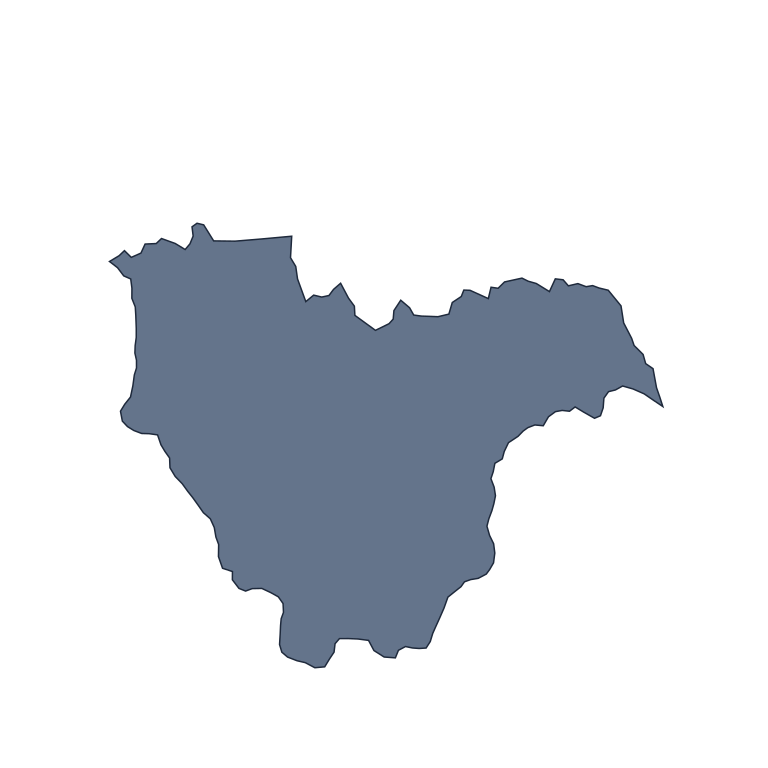 outline of Monte Sião, Minas Gerais, Brazil, rotated 149°
{"feature_id": "56859067B91379037396380", "entity_name": "Monte Sião", "entity_type": "district", "adm_level": 2, "iso_a3": "BRA", "parent_name": "Brazil", "parent_adm1": "Minas Gerais", "projection": "equal_earth", "projection_center": [-46.525, -22.428], "detail": "fine", "context": "isolated", "style": "filled", "palette": "slate", "viewbox_px": 768, "rotation_deg": 149, "n_neighbors": 0, "source": "geoboundaries", "source_scale": "gbopen_adm2", "svg_char_len": 2559}
<svg xmlns="http://www.w3.org/2000/svg" viewBox="0 0 768 768"><g transform="rotate(149 384 384)"><path d="M617.3,309.2L610.5,301.3L614.8,294.3L613.6,283.5L609.3,277.8L602.4,276.5L594.0,271.7L588.5,263.5L584.2,256.0L583.6,247.8L587.8,240.0L593.0,235.8L597.1,230.2L602.0,222.8L607.7,214.5L609.7,206.7L607.3,199.6L601.1,191.6L595.0,185.7L589.4,176.4L580.5,172.1L572.3,176.4L564.9,179.9L559.7,186.6L553.3,188.7L545.6,184.1L537.6,178.8L529.3,172.2L529.9,160.7L524.5,149.9L515.3,143.4L508.8,148.3L500.8,147.9L495.6,143.1L490.1,139.2L483.9,136.0L477.0,139.4L470.7,145.1L465.0,149.1L456.6,154.9L448.0,161.0L439.0,168.4L428.8,169.8L422.4,170.6L416.9,173.0L410.4,171.7L403.4,168.9L394.2,168.4L388.9,170.6L382.2,174.3L376.1,182.0L372.3,190.6L371.5,199.8L369.0,209.1L363.5,214.5L356.8,219.8L351.5,224.8L346.0,230.8L342.7,238.9L341.1,247.8L335.5,252.6L329.8,258.9L321.2,258.9L315.7,264.2L307.5,269.6L296.1,270.1L288.9,272.0L283.2,272.5L275.8,271.2L269.0,266.2L259.9,271.2L251.3,272.0L244.9,269.6L239.0,265.1L232.0,265.9L227.3,257.0L221.2,246.2L214.8,245.3L208.4,250.7L202.8,258.6L195.5,261.8L188.7,259.7L180.5,259.4L173.1,251.5L166.1,241.6L160.9,230.2L156.6,221.1L154.4,230.5L152.3,240.5L145.5,258.6L149.2,266.7L146.7,275.9L149.8,288.2L148.2,295.6L147.1,312.9L140.6,328.9L143.5,348.9L150.2,355.5L154.5,360.9L160.6,363.3L166.1,370.2L175.4,373.2L176.8,381.1L183.0,385.9L194.6,378.0L201.7,391.7L207.5,397.9L211.2,403.7L221.6,407.2L228.1,409.4L236.9,407.3L242.4,411.8L250.6,403.5L262.0,420.0L267.2,423.4L272.7,419.2L283.5,418.7L292.4,410.5L303.1,413.9L310.7,418.9L316.9,422.9L323.0,427.8L322.8,436.2L326.5,447.2L337.7,441.8L342.7,434.9L348.6,433.1L363.7,434.4L373.6,457.8L369.3,466.0L370.2,475.9L369.3,492.7L378.5,491.1L385.6,488.2L392.6,490.6L398.5,496.4L408.6,494.9L404.0,518.6L399.1,530.2L399.1,540.4L387.0,558.2L414.1,571.3L438.2,583.2L456.3,594.4L456.6,613.3L461.5,618.1L467.6,617.6L471.4,609.1L478.1,604.1L485.2,601.7L490.6,612.0L499.8,623.3L506.9,621.7L516.7,627.0L524.9,621.4L535.4,622.7L537.8,632.0L545.0,630.4L556.2,630.4L552.5,620.9L551.4,610.7L547.0,604.5L550.7,596.0L556.0,587.3L557.5,578.2L561.5,570.5L567.7,559.3L572.4,551.5L577.5,545.1L581.6,538.8L583.9,531.9L587.9,525.2L593.3,520.4L600.2,511.8L608.0,503.4L616.6,500.2L623.9,496.4L627.4,486.9L625.8,479.6L622.4,473.0L617.2,466.4L610.8,462.3L604.3,457.0L606.5,446.7L606.5,439.1L605.9,431.0L610.6,422.4L610.6,412.3L608.3,402.4L607.5,392.9L606.5,385.4L605.7,375.6L605.1,366.7L602.3,357.9L603.4,348.4L606.9,339.4L608.4,331.6L614.8,321.3L617.3,309.2Z" fill="#64748b" stroke="#1e293b" stroke-width="1.5"/></g></svg>